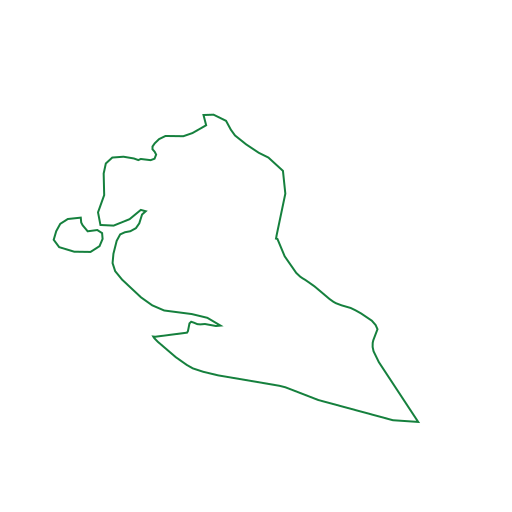 the Municipality of Krong Preah Sihanouk, rotated 105°
{"feature_id": "KHM-1800", "entity_name": "Krong Preah Sihanouk", "entity_type": "Municipality", "adm_level": 1, "iso_a3": "KHM", "parent_name": "Cambodia", "parent_adm1": "", "projection": "equal_earth", "projection_center": [103.754, 10.721], "detail": "fine", "context": "isolated", "style": "outline", "palette": "green", "viewbox_px": 512, "rotation_deg": 105, "n_neighbors": 0, "source": "natural_earth", "source_scale": "10m", "svg_char_len": 1593}
<svg xmlns="http://www.w3.org/2000/svg" viewBox="0 0 512 512"><g transform="rotate(105 256 256)"><path d="M360.4,334.4L360.1,332.5L347.9,302.8L346.2,302.3L338.3,302.8L336.3,301.6L336.5,298.6L337.0,295.1L336.5,292.2L334.9,287.7L334.0,276.6L332.4,272.3L328.3,287.0L328.7,303.0L332.4,330.6L330.5,343.5L325.7,356.4L313.5,379.2L307.1,388.1L300.0,392.7L290.7,394.3L277.4,394.5L270.3,392.8L267.0,388.8L264.6,383.8L260.2,379.2L254.7,377.2L245.4,376.8L241.3,374.1L241.3,379.2L253.1,387.6L263.5,401.4L266.3,414.3L254.7,419.9L236.5,418.4L215.7,424.5L205.5,425.0L198.1,420.3L194.4,409.7L193.4,399.2L193.8,394.5L192.1,392.4L190.7,382.6L188.3,379.2L183.9,378.7L181.5,380.9L179.7,383.6L177.0,384.3L173.4,383.0L168.2,379.9L163.5,374.5L159.1,357.2L153.7,349.2L142.6,338.0L133.4,343.2L130.5,333.6L133.2,319.9L140.5,313.0L145.0,307.5L150.7,294.5L155.6,280.0L157.7,269.5L166.8,252.0L188.2,243.8L231.5,241.4L231.9,241.3L234.0,241.2L234.0,239.7L248.9,228.2L261.9,212.8L264.5,208.0L265.5,205.2L266.3,202.3L270.2,191.6L278.5,173.9L280.2,169.4L280.9,166.6L281.5,160.6L281.7,151.1L282.7,145.9L284.3,139.6L288.5,127.4L291.7,122.6L295.3,119.7L307.0,120.9L309.7,120.8L313.7,119.8L317.6,117.8L326.7,109.9L374.3,56.4L379.2,81.3L379.0,158.5L375.2,193.7L375.3,199.8L381.1,261.7L381.5,277.0L380.9,287.9L379.2,294.5L374.5,307.3L364.3,328.6L361.8,332.8L360.5,334.3L360.4,334.4ZM287.0,409.7L294.9,416.9L298.9,432.7L298.4,448.4L292.7,455.6L283.7,455.4L275.6,453.4L269.0,447.4L264.3,435.2L268.9,433.5L271.2,431.4L275.7,425.0L272.0,416.1L273.7,410.6L279.2,408.6L287.0,409.7Z" fill="none" stroke="#15803d" stroke-width="2"/></g></svg>